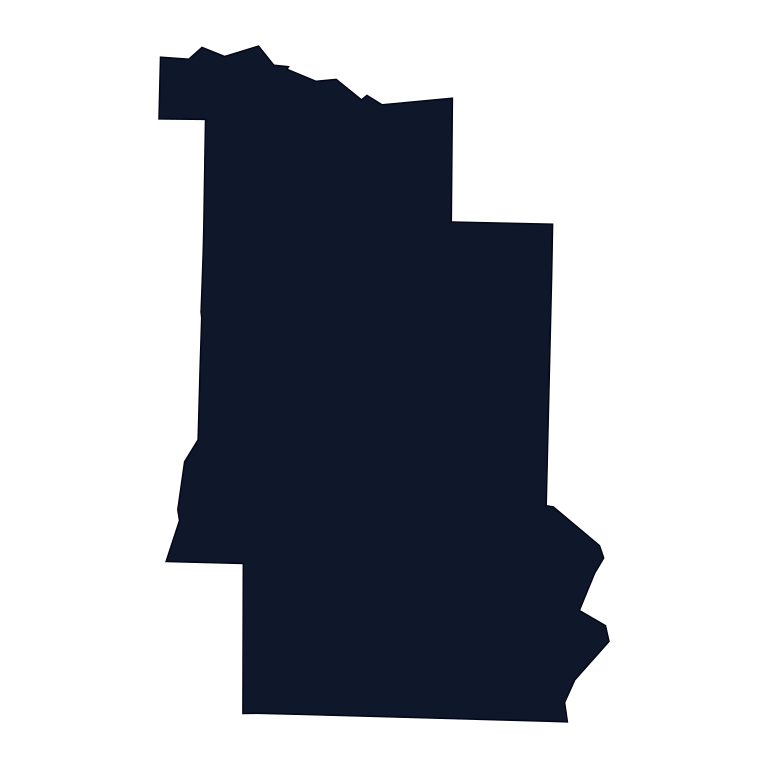 Lonoke, Arkansas, United States of America
{"feature_id": "52423323B67948009560092", "entity_name": "Lonoke", "entity_type": "district", "adm_level": 2, "iso_a3": "USA", "parent_name": "United States of America", "parent_adm1": "Arkansas", "projection": "natural_earth1", "projection_center": [-91.925, 34.779], "detail": "fine", "context": "isolated", "style": "filled", "palette": "ink", "viewbox_px": 768, "rotation_deg": 0, "n_neighbors": 0, "source": "geoboundaries", "source_scale": "gbopen_adm2", "svg_char_len": 707}
<svg xmlns="http://www.w3.org/2000/svg" viewBox="0 0 768 768"><path d="M159.0,118.9L205.5,119.4L203.8,225.7L203.3,249.0L202.1,284.5L201.1,311.2L201.0,311.4L201.7,317.8L200.0,371.2L198.1,439.8L184.6,461.7L177.8,509.6L179.5,520.6L166.1,561.5L243.3,563.5L242.9,713.5L257.3,713.3L293.8,714.2L542.4,721.1L567.4,721.9L564.6,702.4L574.8,679.9L609.0,641.4L605.5,625.7L579.3,610.5L594.7,573.1L603.7,558.0L599.5,545.7L553.3,506.9L546.2,505.7L551.7,274.1L552.6,224.2L451.3,222.0L452.4,98.2L382.1,104.8L366.9,95.4L361.5,99.9L336.2,79.4L315.9,81.3L287.0,69.3L288.5,66.7L273.8,65.2L258.5,46.1L224.6,56.5L202.0,47.4L188.8,59.2L160.5,57.2L159.4,101.7L159.0,118.9Z" fill="#0f172a" stroke="#020617" stroke-width="1.5"/></svg>